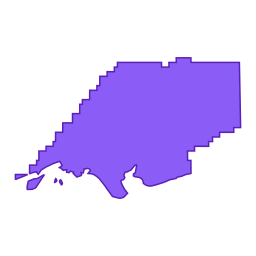 Dillingham, Alaska, United States of America
{"feature_id": "52423323B44097334117837", "entity_name": "Dillingham", "entity_type": "district", "adm_level": 2, "iso_a3": "USA", "parent_name": "United States of America", "parent_adm1": "Alaska", "projection": "natural_earth1", "projection_center": [-159.172, 59.691], "detail": "fine", "context": "isolated", "style": "filled", "palette": "violet", "viewbox_px": 256, "rotation_deg": 0, "n_neighbors": 0, "source": "geoboundaries", "source_scale": "gbopen_adm2", "svg_char_len": 2618}
<svg xmlns="http://www.w3.org/2000/svg" viewBox="0 0 256 256"><path d="M239.4,62.4L207.6,62.4L191.0,62.4L190.9,57.8L176.2,57.8L176.3,62.4L170.1,62.4L168.9,62.4L169.0,67.1L161.6,67.1L161.5,62.4L127.7,62.4L117.4,62.4L117.4,67.1L114.3,67.1L114.4,71.7L107.1,71.7L107.1,76.3L99.8,76.3L99.8,85.6L96.9,85.6L96.9,90.3L89.7,90.3L89.6,99.6L82.4,99.6L82.4,104.3L79.7,104.3L79.7,113.6L72.5,113.6L72.5,122.9L62.8,122.9L62.7,132.3L55.6,132.3L55.5,141.6L53.2,141.6L53.1,146.3L46.1,146.3L46.0,151.0L38.9,151.0L38.9,160.4L36.6,160.4L36.6,165.1L29.6,165.1L29.5,173.8L29.4,173.8L30.8,173.2L36.2,171.7L38.2,174.3L41.3,169.9L46.0,167.0L52.9,163.7L59.6,161.3L62.2,165.4L59.4,167.6L60.9,168.1L63.2,170.4L66.5,169.6L66.6,172.3L69.0,172.6L70.7,171.2L73.6,172.1L73.1,173.3L76.8,177.0L81.1,175.6L81.7,174.6L81.0,172.6L83.3,172.9L84.2,168.8L84.6,168.7L85.1,168.9L86.0,168.8L87.4,168.4L88.0,168.4L89.1,168.8L89.7,169.4L90.0,169.8L90.4,170.5L90.2,171.0L89.7,171.3L88.0,173.5L90.6,173.7L91.6,173.9L92.7,174.1L93.9,174.6L96.1,176.0L98.6,178.0L100.0,179.5L104.9,185.8L107.2,189.2L111.7,195.3L112.4,196.4L113.2,196.7L117.5,197.8L119.5,198.2L120.1,198.2L122.3,197.8L123.8,197.2L127.6,193.2L126.9,192.3L124.8,189.6L122.4,185.4L120.9,181.6L121.5,180.1L122.4,180.0L123.0,179.8L123.5,179.6L124.2,178.8L124.7,177.8L124.8,177.3L124.6,177.1L124.3,176.4L123.9,175.7L124.0,175.1L124.9,172.4L125.8,171.9L126.5,172.1L127.0,172.0L131.1,169.9L134.9,165.2L136.7,165.1L135.3,172.8L133.6,173.7L133.4,175.1L133.4,175.5L133.4,175.8L134.0,176.3L134.5,176.6L135.6,176.8L138.1,177.2L139.4,177.6L140.4,178.0L141.4,178.7L142.4,179.8L142.8,180.6L143.3,182.1L143.4,182.7L143.2,183.0L143.3,183.2L143.5,183.5L144.8,184.4L145.8,185.0L147.5,185.7L148.3,185.9L149.3,186.0L151.4,186.0L153.0,185.6L155.8,184.9L163.4,182.5L165.7,181.6L169.0,180.1L170.1,179.7L176.2,178.4L176.5,178.0L176.7,177.6L176.9,177.4L179.0,176.7L181.3,176.4L184.5,175.0L187.8,174.0L188.4,174.0L189.2,173.9L190.3,173.7L191.0,173.4L190.9,160.4L187.6,160.4L187.5,151.0L194.6,151.0L194.5,146.3L208.7,146.3L208.6,141.6L212.6,141.6L212.5,137.0L219.6,137.0L219.6,132.3L233.8,132.3L233.7,127.6L240.6,127.6L239.4,62.4ZM27.1,187.3L27.2,189.2L27.5,189.5L32.3,189.3L35.7,187.8L44.1,175.1L43.4,175.0L37.4,178.5L34.2,178.8L28.3,181.2L27.4,184.9L27.1,187.3ZM16.4,179.2L16.5,179.0L23.1,176.5L27.7,174.5L15.4,174.5L15.4,179.2L16.4,179.2ZM59.5,181.7L59.8,182.4L60.8,183.7L61.3,184.8L62.1,184.3L62.4,183.6L62.2,182.7L61.7,181.4L61.1,180.3L60.3,179.8L59.9,180.4L59.5,181.7ZM54.5,182.2L54.8,182.5L56.5,181.3L56.8,180.7L56.6,179.8L55.8,178.6L55.1,179.7L55.0,180.6L54.5,182.2Z" fill="#8b5cf6" stroke="#5b21b6" stroke-width="1.5"/></svg>